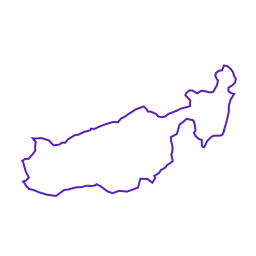 the district of Kallepeia, Paphos, Cyprus, rotated 285°
{"feature_id": "46923920B45563659246862", "entity_name": "Kallepeia", "entity_type": "district", "adm_level": 2, "iso_a3": "CYP", "parent_name": "Cyprus", "parent_adm1": "Paphos", "projection": "orthographic", "projection_center": [32.512, 34.84], "detail": "fine", "context": "isolated", "style": "outline", "palette": "violet", "viewbox_px": 256, "rotation_deg": 285, "n_neighbors": 0, "source": "geoboundaries", "source_scale": "gbopen_adm2", "svg_char_len": 2058}
<svg xmlns="http://www.w3.org/2000/svg" viewBox="0 0 256 256"><g transform="rotate(285 128 128)"><path d="M49.1,40.6L47.7,42.7L45.4,44.9L44.1,47.8L43.4,48.2L43.7,52.2L43.2,56.5L42.8,59.3L42.8,62.7L42.5,65.8L43.7,76.0L51.7,82.5L53.0,85.9L57.3,93.3L58.9,98.4L61.5,102.9L62.7,108.2L64.1,111.2L65.6,112.2L64.7,116.3L63.4,119.7L61.5,124.6L61.0,130.0L65.0,135.5L66.3,143.5L69.8,148.6L73.0,153.0L77.5,153.1L82.2,153.1L83.8,159.9L81.5,165.7L86.8,167.3L88.6,165.8L92.7,169.7L95.7,170.5L99.4,174.3L102.3,175.4L105.9,178.6L107.8,179.7L111.1,178.1L113.2,176.8L116.7,176.9L121.6,175.8L126.6,173.0L130.5,171.9L134.8,176.7L139.6,176.9L144.6,176.9L148.2,179.8L152.1,182.2L152.1,185.2L152.5,188.3L151.3,190.1L146.9,192.3L143.0,193.9L140.5,192.9L138.1,194.8L135.8,199.1L135.5,202.4L131.4,203.5L129.1,204.7L129.1,206.6L135.7,207.8L139.2,209.6L142.0,211.7L143.1,214.0L144.5,219.0L144.9,219.6L145.9,220.9L149.1,221.5L152.7,221.3L156.0,221.5L161.8,221.5L169.4,221.2L175.6,219.7L181.8,219.7L188.3,221.7L188.4,218.5L189.6,215.5L193.0,214.6L195.9,217.5L199.3,219.6L203.4,219.4L204.2,218.6L206.3,216.5L208.8,215.3L211.6,211.9L213.5,208.2L213.2,204.5L208.0,203.9L207.0,201.2L204.1,198.8L201.1,198.8L199.6,200.0L198.1,201.3L197.2,202.6L192.4,202.9L189.4,202.1L184.7,200.8L183.6,198.0L183.5,193.4L183.0,189.3L179.4,185.9L180.9,180.5L180.2,177.5L177.3,175.6L176.3,175.0L174.3,175.0L172.0,179.1L170.8,180.9L167.4,181.8L165.3,182.3L163.6,179.8L161.5,176.0L160.3,173.9L157.5,170.8L155.5,168.2L153.6,165.6L152.2,163.5L148.5,160.7L147.1,157.3L147.1,153.5L148.8,151.8L149.7,145.7L149.0,142.9L151.1,141.0L152.9,137.6L150.6,134.4L148.0,130.7L142.0,125.2L137.4,121.4L135.6,118.9L130.8,116.7L130.2,112.5L127.6,108.2L126.2,105.9L123.2,101.6L120.4,98.2L118.5,95.9L117.7,92.3L116.0,92.1L112.8,86.4L108.9,82.1L107.1,78.2L104.4,75.7L101.6,73.0L97.6,71.2L96.7,67.9L94.3,66.1L92.0,60.6L95.6,54.8L95.8,46.8L93.9,41.5L93.4,38.7L90.5,42.6L86.3,43.0L82.1,44.3L76.5,42.0L72.6,40.1L71.5,36.7L69.0,34.3L68.0,35.5L59.6,40.4L54.4,45.1L50.8,43.0L49.1,40.6Z" fill="none" stroke="#5b21b6" stroke-width="2"/></g></svg>